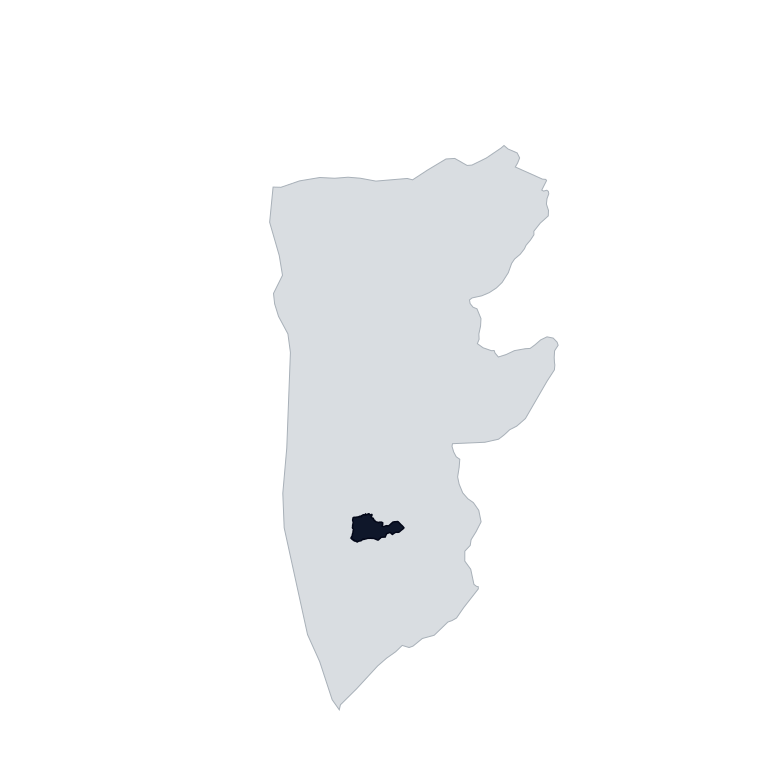 location of Pynes Town, Sinoe, Liberia, rotated 46°
{"feature_id": "62588387B44747363578735", "entity_name": "Pynes Town", "entity_type": "district", "adm_level": 2, "iso_a3": "LBR", "parent_name": "Liberia", "parent_adm1": "Sinoe", "projection": "natural_earth1", "projection_center": [-8.563, 5.57], "detail": "fine", "context": "in_parent", "style": "filled", "palette": "ink", "viewbox_px": 768, "rotation_deg": 46, "n_neighbors": 0, "source": "geoboundaries", "source_scale": "gbopen_adm2", "svg_char_len": 4984}
<svg xmlns="http://www.w3.org/2000/svg" viewBox="0 0 768 768"><g transform="rotate(46 384 384)"><path d="M165.3,327.0L170.9,321.5L179.2,303.7L190.9,286.7L201.7,276.6L210.3,266.2L219.4,258.2L232.4,248.9L252.3,224.5L257.0,221.6L260.2,204.7L265.2,183.1L270.9,176.4L284.5,172.4L287.6,168.7L292.5,153.5L295.6,135.8L295.8,132.0L301.2,131.5L310.3,127.7L315.6,129.4L317.9,134.5L319.1,138.8L346.7,127.7L349.2,125.5L350.6,125.8L354.1,135.8L356.1,135.2L357.7,132.3L359.6,132.0L361.7,133.4L363.9,138.0L367.4,142.2L373.4,145.1L377.2,149.1L376.8,159.8L378.2,170.1L380.8,172.5L382.2,178.7L382.9,185.5L384.3,189.0L385.3,195.9L384.8,203.2L385.9,208.4L390.3,217.3L393.0,228.5L393.0,236.4L391.4,244.8L388.5,252.4L383.3,260.8L382.9,264.1L386.0,266.2L390.6,266.6L394.5,264.9L404.3,268.8L409.4,274.3L413.9,281.0L417.9,284.5L419.8,288.8L426.7,287.6L434.8,283.5L436.4,281.5L438.8,282.6L444.0,283.0L447.7,275.6L450.6,267.0L456.8,257.8L459.9,254.2L460.7,248.3L461.1,240.7L463.3,234.0L468.5,230.4L474.1,230.4L477.1,231.8L478.6,238.2L483.1,243.1L486.9,246.4L489.0,247.9L492.2,251.6L495.2,264.6L507.1,306.3L506.5,317.8L504.2,325.3L504.1,332.7L503.3,339.9L496.0,351.9L474.5,376.2L476.1,378.4L481.3,381.1L486.5,382.6L490.8,381.8L496.2,387.9L502.0,395.6L508.2,399.5L517.0,403.0L524.8,403.4L531.4,402.1L540.7,403.6L550.6,409.9L554.2,420.4L556.5,429.5L560.0,434.1L560.4,442.0L567.5,448.9L577.5,450.3L590.6,458.5L593.9,458.0L595.3,457.0L596.9,458.5L600.2,482.0L602.7,494.4L601.4,499.5L599.6,503.4L599.6,522.4L593.7,533.2L592.7,545.2L591.0,549.0L584.7,552.5L584.7,561.6L583.0,572.7L582.4,584.5L584.2,615.3L584.5,638.2L587.3,642.5L575.1,640.6L539.0,623.1L511.2,613.1L418.1,555.7L392.3,532.7L362.5,498.4L296.3,429.4L281.2,418.3L262.1,412.9L250.4,407.0L242.1,400.6L235.3,381.5L218.8,370.1L188.2,353.9L165.3,327.0Z" fill="#d9dde1" stroke="#a8b0b8" stroke-width="1"/><path d="M501.3,469.6L501.2,469.6L500.9,469.5L499.6,469.4L499.0,469.4L498.0,469.4L497.4,469.5L496.3,469.5L495.5,469.5L494.2,469.5L492.9,469.5L492.6,469.7L492.3,469.8L492.0,470.3L491.9,470.4L491.7,470.6L490.9,471.6L490.1,472.5L490.0,472.9L489.6,473.4L489.5,473.6L489.5,474.3L489.4,476.4L489.4,477.7L489.3,478.7L489.2,479.3L488.5,479.9L487.9,480.4L487.6,480.7L487.2,481.4L487.1,481.6L487.0,482.0L486.6,482.8L486.2,483.3L485.8,483.6L485.6,483.8L485.2,484.0L484.7,483.7L484.6,483.8L484.4,483.4L484.3,482.9L484.1,482.5L483.8,482.5L483.6,482.2L483.4,481.8L483.2,481.5L482.8,481.3L482.3,481.5L482.1,481.9L481.8,482.0L481.4,481.9L481.2,482.1L481.0,482.5L480.9,482.7L480.4,483.0L480.2,483.4L480.1,484.0L479.7,484.3L479.1,484.4L478.8,484.8L478.2,485.3L477.8,485.4L477.5,485.4L477.1,485.5L476.9,485.6L476.6,485.7L476.3,485.6L476.0,485.7L475.7,485.5L475.4,485.4L475.0,485.8L474.7,485.9L474.4,485.8L474.1,485.6L473.3,485.0L473.1,485.1L472.7,485.7L472.3,485.7L471.9,485.5L471.7,485.5L471.3,485.8L471.1,485.8L470.8,485.6L470.4,485.3L470.4,484.9L470.2,484.4L470.3,484.2L469.6,483.4L469.4,483.4L469.1,483.7L468.8,484.3L468.6,484.8L468.2,485.1L467.8,485.2L467.5,485.4L467.4,485.3L467.1,484.9L466.8,485.0L466.5,485.5L466.3,486.0L466.2,486.6L466.1,487.1L465.7,487.8L465.5,488.1L465.3,487.8L465.0,487.5L464.7,487.5L464.7,488.0L464.8,488.4L464.8,488.9L464.6,489.0L464.3,489.1L463.9,489.4L463.6,489.9L463.5,490.5L463.2,491.5L463.6,492.0L463.7,492.3L463.6,492.6L463.0,492.6L462.6,492.8L462.4,493.3L462.1,493.7L462.1,493.9L462.3,494.1L462.1,494.5L461.8,494.7L461.8,495.1L461.6,495.4L461.2,495.6L460.9,495.7L460.8,496.3L460.6,496.8L460.3,497.2L459.9,497.2L459.1,498.2L458.8,498.7L458.8,499.3L459.3,499.9L459.7,500.6L460.4,501.3L460.6,501.5L461.7,501.9L462.2,502.3L462.8,503.0L463.1,503.6L463.3,503.9L463.8,504.2L463.8,504.7L464.4,505.0L464.7,505.6L465.0,505.9L465.4,506.5L466.0,506.8L466.8,506.8L467.4,506.8L467.6,507.0L467.9,507.7L468.4,508.6L468.9,508.7L469.2,509.3L469.8,510.5L470.3,511.3L470.9,512.1L471.2,512.4L471.3,513.0L471.5,513.9L471.7,514.3L471.8,514.6L472.0,514.4L472.2,514.1L472.6,514.6L472.9,514.8L473.1,514.7L473.5,514.8L473.7,514.7L473.9,514.6L474.1,514.6L474.4,514.5L474.4,514.3L474.6,514.2L474.9,514.0L475.0,514.1L475.2,514.4L475.3,514.6L475.8,514.3L475.7,514.2L475.8,514.1L476.0,514.2L476.2,513.9L476.5,513.8L476.9,514.0L477.2,513.5L477.8,513.4L478.0,513.0L478.5,513.1L479.0,513.1L479.1,512.6L479.2,512.4L479.5,511.3L479.9,510.8L480.3,510.1L480.8,509.5L480.8,508.6L481.0,507.8L480.9,507.0L481.1,506.6L481.7,506.6L482.4,505.3L483.0,504.3L483.4,503.5L483.7,502.9L485.0,501.6L485.6,500.8L486.7,499.9L487.8,498.7L488.9,498.2L490.0,497.7L491.0,497.3L491.9,496.9L492.3,496.4L492.3,495.6L492.2,494.7L492.4,493.8L492.3,492.6L492.6,492.1L493.7,490.8L494.9,489.5L493.5,486.2L494.7,483.2L495.1,482.7L495.2,482.8L495.3,482.9L495.7,482.7L495.8,482.6L496.1,482.6L497.4,482.6L498.1,482.4L498.2,481.5L498.3,480.5L498.4,480.2L498.4,479.9L498.5,479.3L499.0,478.4L499.3,477.9L499.6,477.7L500.3,477.1L500.8,476.4L501.0,476.0L501.0,475.7L501.1,474.4L501.2,472.6L501.4,471.6L501.4,470.9L501.4,470.6L501.4,469.9L501.3,469.6Z" fill="#0f172a" stroke="#020617" stroke-width="1.5"/></g></svg>